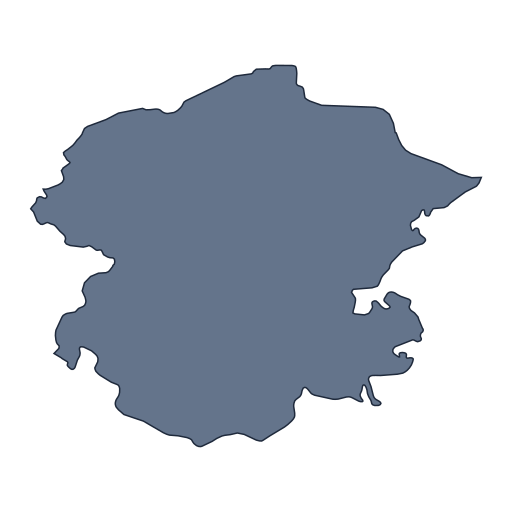 SVG path tracing the border of Chuvash
{"feature_id": "RUS-2389", "entity_name": "Chuvash", "entity_type": "Republic", "adm_level": 1, "iso_a3": "RUS", "parent_name": "Russia", "parent_adm1": "", "projection": "equal_earth", "projection_center": [47.182, 55.483], "detail": "fine", "context": "isolated", "style": "filled", "palette": "slate", "viewbox_px": 512, "rotation_deg": 0, "n_neighbors": 0, "source": "natural_earth", "source_scale": "10m", "svg_char_len": 5971}
<svg xmlns="http://www.w3.org/2000/svg" viewBox="0 0 512 512"><path d="M481.3,177.4L479.0,183.0L476.8,185.8L476.1,186.4L465.2,192.0L450.6,202.7L448.9,204.4L447.6,205.9L444.1,207.6L433.2,208.6L430.6,212.3L430.3,213.5L429.5,215.0L428.6,215.9L426.2,215.7L425.3,214.8L424.8,213.6L424.5,211.0L424.0,209.9L423.0,209.8L421.6,210.6L418.9,216.9L414.2,220.3L411.6,221.7L410.7,223.2L410.4,225.3L411.6,229.7L412.5,230.6L413.4,230.4L414.1,229.3L415.1,228.5L416.4,228.1L417.7,228.4L418.5,229.2L418.9,230.3L419.3,232.8L419.8,233.9L420.6,234.9L424.7,238.2L425.4,239.3L425.4,240.7L423.8,242.7L422.3,243.8L412.2,246.9L402.5,250.9L391.8,262.0L390.5,264.0L389.8,265.7L389.6,267.1L389.3,268.5L388.1,270.0L383.3,274.9L381.9,276.9L381.0,278.6L380.0,281.4L378.8,284.0L378.2,285.1L377.3,286.2L372.1,287.8L353.5,289.3L352.3,290.4L352.0,291.4L351.5,292.3L355.0,297.6L355.4,298.4L355.5,300.2L355.2,302.4L354.2,307.4L353.4,310.0L352.9,312.9L354.8,313.9L364.5,314.9L368.6,313.5L369.6,312.4L371.0,310.3L372.1,308.5L372.4,307.6L372.5,306.5L372.0,304.1L371.9,303.0L372.3,302.0L373.3,301.3L374.6,300.9L376.1,301.0L377.7,302.3L378.8,303.4L380.5,305.5L381.3,306.4L383.4,308.0L384.7,308.7L386.2,309.0L388.1,308.6L389.3,308.0L390.1,307.1L389.8,306.3L389.1,305.5L385.2,302.1L384.4,301.2L384.0,300.2L384.2,299.0L386.9,294.4L387.7,293.4L388.7,292.6L390.1,292.1L391.7,292.0L393.6,292.4L395.3,293.2L397.5,294.7L400.8,296.4L408.8,299.2L409.8,299.9L410.6,300.9L410.5,302.7L410.1,304.1L409.1,306.8L409.5,308.4L410.9,310.4L414.5,312.9L418.0,317.0L418.7,319.3L422.4,328.2L423.1,329.2L423.2,330.3L422.7,331.7L420.9,333.3L420.4,335.0L420.4,336.4L421.3,338.6L421.2,339.8L420.3,340.8L417.7,341.7L416.3,341.3L414.0,340.1L412.8,339.8L395.2,346.7L394.0,347.9L392.9,349.5L392.8,351.7L393.5,353.1L394.4,354.1L397.8,356.4L398.7,356.9L399.5,356.9L399.5,355.8L399.2,354.7L399.3,353.5L400.2,352.8L402.2,352.5L404.0,352.7L405.6,353.2L406.4,354.2L406.4,355.5L406.2,357.1L406.8,358.0L407.6,358.2L409.8,357.8L411.2,357.8L412.4,358.1L413.1,358.7L413.2,359.6L412.6,361.9L411.4,364.9L409.5,367.8L407.3,370.2L405.4,371.7L402.9,373.1L397.4,374.2L380.5,375.5L375.6,375.4L372.1,375.5L370.8,375.9L369.4,376.7L368.6,378.3L368.5,379.6L368.8,380.8L371.0,386.6L373.2,395.2L373.6,396.4L374.1,397.5L374.9,398.5L375.8,399.3L379.5,401.5L380.5,402.4L380.9,403.5L380.2,404.6L378.6,405.4L374.8,405.5L372.9,404.9L371.8,403.8L371.2,401.3L370.8,400.2L368.9,397.0L368.4,395.9L367.5,393.5L366.9,389.7L366.1,387.4L365.5,386.3L364.8,385.3L363.9,384.9L362.9,385.3L362.4,386.8L361.9,389.8L361.5,391.1L360.4,393.5L360.1,394.7L360.2,396.0L361.2,398.2L362.7,400.2L362.9,401.1L362.2,401.7L360.3,401.6L358.7,401.1L352.1,397.7L350.6,397.1L348.9,396.8L346.4,397.0L338.1,399.1L335.1,399.3L332.7,399.2L314.6,395.2L312.0,394.0L310.9,393.1L307.8,389.2L306.9,388.3L305.9,387.6L304.6,387.4L303.2,388.1L302.1,390.5L301.4,393.8L300.8,395.2L299.8,396.6L296.1,399.4L294.8,400.8L294.0,403.1L293.7,404.9L293.7,406.5L294.7,413.1L294.7,415.8L294.4,417.1L293.4,418.9L291.6,421.0L287.8,424.5L284.5,427.0L269.9,435.8L263.0,440.3L261.7,441.0L259.5,440.9L256.3,440.1L244.2,434.4L237.3,433.0L230.4,434.6L224.8,435.3L222.0,436.0L216.8,438.4L212.1,441.4L201.8,446.3L200.4,446.6L198.5,446.4L196.5,445.6L194.0,443.6L192.9,442.1L191.5,439.7L189.7,438.6L187.1,437.6L178.1,435.8L169.4,435.1L166.6,434.2L163.3,432.7L143.4,421.1L123.9,414.5L118.5,409.8L116.3,407.2L115.7,405.9L115.3,404.2L115.3,402.9L115.5,401.9L115.8,400.8L116.3,399.6L118.5,396.1L119.1,394.5L119.6,392.4L119.7,388.6L119.2,386.6L118.3,385.2L117.1,384.5L111.3,382.2L100.1,375.3L98.4,373.9L95.9,371.3L95.1,369.4L94.8,367.9L97.7,361.9L97.9,360.4L98.0,358.4L97.2,356.2L95.7,354.4L91.5,350.8L83.8,347.1L82.0,346.8L80.4,346.9L79.6,347.8L79.4,349.0L80.1,352.9L80.0,354.2L79.8,355.4L79.3,356.6L77.4,360.1L75.1,367.1L74.4,368.3L73.0,369.3L71.7,369.3L70.5,368.7L68.6,367.0L67.8,366.1L67.3,365.2L67.4,364.2L67.9,362.9L67.5,361.8L62.3,358.7L61.1,357.7L54.0,353.5L58.8,348.5L59.1,347.2L59.1,345.8L57.3,343.9L56.5,342.4L55.9,340.0L55.4,335.5L55.6,332.3L56.0,330.1L62.0,317.1L63.2,315.4L65.5,314.0L67.0,313.4L74.7,312.1L75.4,311.7L76.2,311.0L77.9,309.1L78.8,308.3L83.1,306.5L84.6,305.3L85.5,303.4L85.9,301.6L85.8,300.2L85.1,297.3L82.2,290.9L84.5,282.8L90.6,276.5L98.4,273.2L106.0,272.7L108.4,271.7L109.7,270.4L112.8,266.3L112.9,265.4L114.3,264.2L114.8,261.7L114.4,259.1L112.9,257.9L109.9,257.7L107.6,257.0L103.6,254.7L101.9,251.1L101.1,250.1L100.0,249.9L97.4,250.3L96.2,250.1L91.6,246.7L89.0,245.5L86.9,246.3L83.3,247.1L70.2,245.5L66.4,244.0L64.8,241.8L65.1,240.4L65.6,238.8L65.1,236.4L63.7,234.6L59.9,231.2L55.5,226.1L53.8,224.8L50.8,223.9L48.5,222.8L47.3,222.5L45.7,223.0L44.1,223.8L42.4,224.4L40.6,224.2L37.3,221.2L33.6,212.0L30.7,208.8L31.9,207.0L35.7,202.8L36.6,200.5L36.7,199.1L37.2,197.9L39.5,196.7L41.4,196.9L43.5,198.0L45.5,198.4L47.0,196.7L46.7,195.2L44.0,191.0L43.2,189.1L45.8,189.2L48.4,188.7L58.0,185.0L60.3,183.7L62.3,182.2L63.8,179.5L63.6,176.7L61.4,170.6L62.7,168.9L63.0,168.1L68.6,164.1L69.8,163.0L70.0,162.5L69.5,161.8L67.6,160.4L66.8,159.5L65.1,156.4L63.9,154.9L63.5,152.6L65.2,151.1L67.9,149.3L72.8,145.4L74.8,143.1L77.0,140.1L79.5,137.5L80.9,135.8L82.1,134.1L82.5,132.8L84.5,128.5L87.6,126.4L106.0,119.6L118.5,113.1L142.6,108.4L146.0,109.8L150.1,109.7L155.1,109.1L157.0,109.1L158.7,109.4L160.1,110.0L162.1,111.7L163.3,112.4L164.6,113.0L166.2,113.4L167.9,113.5L174.0,112.5L175.8,111.6L177.7,110.4L180.5,107.8L181.9,106.1L184.0,102.1L186.0,100.7L224.2,82.4L234.1,76.6L236.3,75.9L251.1,73.9L252.6,73.2L253.5,71.5L256.3,69.2L265.3,68.9L268.7,69.0L270.0,68.7L270.8,67.8L271.6,66.7L272.6,65.9L274.2,65.6L276.0,65.4L292.0,65.5L294.0,65.9L295.5,66.5L296.2,68.1L296.6,70.9L296.8,73.5L296.3,83.3L296.8,84.5L297.9,85.5L300.4,86.3L302.3,87.1L303.4,88.7L303.7,90.1L304.9,97.8L306.6,99.3L309.7,101.0L321.6,105.3L375.5,107.3L383.1,109.4L389.3,114.3L393.4,123.3L395.2,132.6L396.2,132.9L398.7,139.6L401.7,145.5L405.6,150.2L411.0,153.6L441.7,164.8L458.2,173.7L471.7,177.7L481.3,177.4Z" fill="#64748b" stroke="#1e293b" stroke-width="1.5"/></svg>